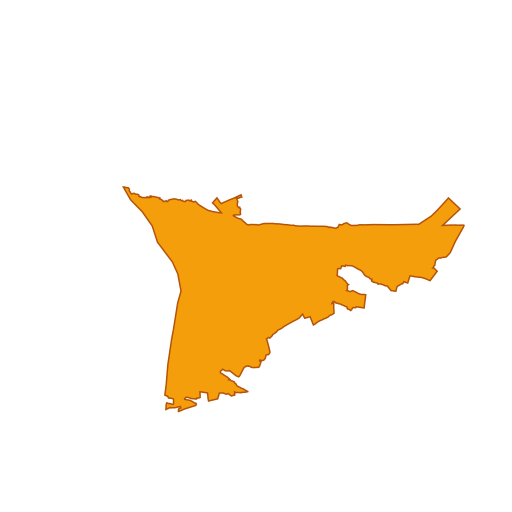 Pomarla, Botosani, Romania, rotated 313°
{"feature_id": "2599482B28021432956179", "entity_name": "Pomarla", "entity_type": "district", "adm_level": 2, "iso_a3": "ROU", "parent_name": "Romania", "parent_adm1": "Botosani", "projection": "mercator", "projection_center": [26.307, 48.065], "detail": "fine", "context": "isolated", "style": "filled", "palette": "amber", "viewbox_px": 512, "rotation_deg": 313, "n_neighbors": 0, "source": "geoboundaries", "source_scale": "gbopen_adm2", "svg_char_len": 6114}
<svg xmlns="http://www.w3.org/2000/svg" viewBox="0 0 512 512"><g transform="rotate(313 256 256)"><path d="M420.2,386.8L415.8,382.2L415.1,381.2L410.6,376.5L405.6,371.6L429.6,373.2L429.7,357.2L413.8,357.4L404.9,357.0L389.7,353.3L389.6,352.7L371.8,334.4L359.4,320.8L353.3,314.7L349.4,310.4L347.5,309.2L343.5,305.1L342.9,303.7L342.4,301.6L342.5,301.0L342.3,300.3L341.8,299.4L340.8,299.0L339.8,298.2L337.8,297.8L337.3,297.5L335.8,295.4L333.3,296.3L331.3,295.7L330.2,294.9L328.9,292.4L327.6,290.4L326.9,290.4L326.7,290.0L326.9,289.7L326.0,288.3L326.0,287.8L322.6,283.8L320.5,281.6L314.4,274.9L313.1,273.2L307.5,267.4L304.9,264.2L304.3,262.7L302.3,260.6L300.6,258.1L298.4,255.4L295.4,251.2L293.0,248.5L291.1,245.9L285.1,239.6L280.2,236.6L279.4,235.1L275.0,230.2L273.4,229.2L272.8,227.2L272.9,225.7L272.7,222.5L272.9,221.8L272.9,220.2L271.3,217.1L270.0,212.0L270.3,211.7L271.4,212.3L275.0,216.0L275.4,216.2L276.0,216.2L276.3,216.1L277.2,214.6L279.8,212.8L280.0,211.8L280.5,210.8L279.6,210.5L279.9,208.1L282.0,206.3L283.5,205.6L283.9,204.3L284.5,203.5L284.9,203.2L284.7,202.8L284.7,202.6L285.6,202.8L286.5,204.0L287.4,204.1L289.4,205.4L290.5,203.3L283.3,200.4L277.6,197.7L270.6,194.8L270.8,192.0L271.4,190.7L271.4,189.8L271.9,187.8L265.2,188.0L265.2,190.8L264.1,199.7L264.0,201.3L263.0,200.2L258.8,193.8L256.6,189.6L255.2,183.3L254.5,179.4L254.4,177.3L254.7,176.0L254.5,174.2L253.4,173.8L252.7,173.2L252.7,172.7L252.3,171.8L252.5,171.0L252.8,170.5L252.7,170.4L251.3,170.5L251.2,170.2L251.2,169.8L251.0,168.6L250.8,168.4L249.8,167.8L248.9,166.9L247.9,167.3L247.4,167.0L247.3,166.6L246.8,166.3L246.4,165.1L246.5,164.3L246.0,164.3L245.6,163.7L245.6,162.0L244.8,161.7L244.2,161.1L243.7,160.1L243.6,159.6L243.3,159.1L242.9,158.7L242.0,157.1L238.0,154.3L236.8,153.9L235.8,154.3L235.1,154.0L235.0,153.3L235.1,152.5L233.3,151.8L232.8,151.2L233.0,150.9L232.7,150.6L232.9,149.9L232.7,148.2L232.1,146.7L232.9,146.2L232.5,145.5L229.4,140.1L227.4,139.0L228.3,138.3L227.5,137.6L226.5,138.3L225.9,138.2L225.3,137.2L225.3,136.9L225.5,136.7L224.6,135.9L224.2,136.3L221.4,133.2L220.4,131.3L220.6,131.2L219.8,129.6L220.7,128.9L220.7,128.7L220.2,126.9L219.2,126.1L218.8,124.2L217.9,123.4L216.7,123.0L216.5,122.7L216.5,121.8L217.0,120.6L217.0,119.3L218.4,117.8L218.9,116.5L218.6,115.7L217.9,115.1L217.5,114.4L216.8,112.8L216.0,111.9L211.6,125.9L210.8,142.6L207.2,159.6L198.9,174.6L194.6,199.0L189.6,211.0L179.2,225.1L168.3,230.7L145.9,245.8L137.8,250.9L116.2,265.8L100.5,278.2L92.1,284.2L92.6,285.9L93.2,286.7L93.1,287.6L92.7,288.2L92.5,289.0L92.8,289.5L93.7,290.3L94.6,291.9L95.1,293.1L94.5,293.9L91.7,296.4L91.0,296.7L90.3,295.7L89.4,293.6L88.5,292.9L88.1,291.5L87.7,290.9L86.3,291.5L82.3,294.8L86.6,296.5L86.8,296.9L86.7,297.2L88.3,298.6L89.4,299.9L94.4,303.4L93.6,304.6L91.4,303.7L90.0,304.8L89.8,304.8L89.4,305.3L89.5,305.5L95.2,308.0L105.7,313.9L106.2,313.5L107.0,313.4L107.0,312.9L107.3,312.6L107.3,312.4L106.4,310.7L106.3,309.3L105.5,306.3L102.5,301.6L103.0,301.0L105.3,301.4L106.6,303.4L107.6,305.9L110.1,309.1L110.4,309.7L111.4,309.4L111.5,309.7L111.5,310.1L112.5,310.4L113.9,311.5L114.5,311.6L118.5,307.6L122.8,313.9L118.9,318.4L117.6,320.2L125.4,325.4L130.7,322.7L133.3,325.2L134.3,327.8L134.9,328.8L136.4,329.4L136.7,333.0L136.9,333.5L139.2,334.8L139.3,335.1L139.6,335.3L140.4,334.8L140.8,334.0L141.7,333.6L141.7,333.3L142.0,333.0L142.2,333.7L142.2,334.3L143.6,335.6L145.9,338.4L146.1,338.2L149.4,341.3L151.2,342.5L151.3,342.4L150.5,339.3L150.2,337.4L149.2,335.3L149.1,334.2L148.1,331.2L148.2,329.9L148.8,328.8L148.6,327.5L149.1,325.8L148.7,325.1L148.7,324.5L147.8,322.8L147.9,321.4L147.3,321.1L146.8,320.4L147.4,320.2L147.7,320.9L147.9,320.4L147.9,317.8L147.1,313.8L146.9,312.1L146.3,310.2L147.1,308.7L150.5,308.8L151.0,311.5L151.7,312.7L153.9,315.0L154.1,314.8L154.2,315.0L154.8,323.0L155.6,325.3L155.9,325.7L156.3,325.9L157.7,325.7L165.9,323.4L168.1,323.7L168.6,324.2L169.4,324.4L170.2,325.6L170.4,325.5L171.1,326.9L171.2,328.0L172.2,329.8L176.2,333.7L176.9,333.9L177.7,333.8L182.1,331.8L181.7,330.2L182.2,329.8L182.8,329.9L183.0,330.3L183.0,331.3L185.1,332.7L187.4,332.6L190.6,330.9L192.5,332.4L194.8,332.1L195.6,331.3L197.7,328.2L201.1,322.8L202.1,321.1L202.4,320.3L202.7,320.1L203.5,320.5L204.8,320.6L205.1,321.1L205.2,321.9L205.5,322.1L208.9,322.2L209.9,321.8L214.4,322.8L216.6,322.5L220.0,323.9L223.8,324.6L232.8,327.4L237.6,329.2L240.3,329.9L245.3,329.7L243.7,334.1L248.5,337.0L244.7,345.0L246.3,345.6L248.3,345.8L250.7,346.3L255.4,348.3L256.1,348.4L257.9,349.4L260.7,350.4L263.0,350.5L264.8,351.5L267.4,352.1L271.7,347.6L274.2,345.4L274.5,344.9L273.0,343.9L275.3,343.4L276.1,344.3L276.2,345.2L276.1,346.4L276.3,347.0L277.3,347.8L277.4,349.0L278.4,350.3L278.7,351.8L279.1,352.5L280.3,356.3L280.8,357.1L280.5,357.8L279.8,358.5L279.8,359.1L279.8,359.5L280.6,360.7L280.6,362.4L281.8,362.6L283.6,362.1L284.5,362.2L286.2,364.2L287.3,364.0L291.7,370.5L302.5,362.7L301.3,360.9L299.9,359.6L299.2,358.3L298.3,356.3L297.7,353.7L296.6,350.3L294.1,349.1L293.3,347.1L292.5,345.8L293.8,345.5L294.6,345.1L295.6,344.1L296.2,343.2L296.7,342.9L298.2,343.1L298.0,342.5L298.0,341.5L298.7,338.2L298.5,337.0L298.6,334.2L296.9,328.7L299.5,326.8L302.1,324.5L302.4,324.8L302.8,324.6L304.5,326.6L306.3,325.7L306.5,325.9L307.2,325.4L307.7,325.8L309.1,328.3L310.3,327.7L311.4,329.7L312.3,330.4L314.5,333.2L315.4,336.5L316.0,339.5L317.0,342.7L317.0,344.6L316.2,348.0L316.1,349.5L316.6,351.4L317.4,353.3L317.1,354.8L317.2,355.3L318.1,356.2L318.1,356.6L317.6,357.1L316.7,357.3L316.5,357.9L316.8,358.3L316.8,359.4L316.9,359.8L317.4,360.2L317.6,361.1L318.0,361.4L318.9,363.1L318.6,364.5L319.5,364.9L320.1,365.7L322.0,369.2L321.9,369.5L322.0,370.0L322.7,371.4L323.6,372.4L322.8,378.3L325.6,382.3L329.9,380.0L334.9,381.5L335.5,382.1L337.0,382.0L338.0,381.6L339.7,385.4L346.4,382.2L347.4,383.3L348.9,385.9L353.5,392.2L355.6,396.9L356.3,399.3L356.7,400.1L368.4,398.9L368.5,394.0L368.0,393.5L368.7,393.5L369.8,393.0L370.8,393.1L371.4,392.9L374.9,390.6L375.6,390.4L379.4,391.1L380.1,392.2L381.5,392.9L385.1,395.8L390.1,395.8L391.1,395.7L402.8,391.8L418.4,388.0L420.1,387.4L420.3,387.2L420.2,386.8Z" fill="#f59e0b" stroke="#b45309" stroke-width="1.5"/></g></svg>